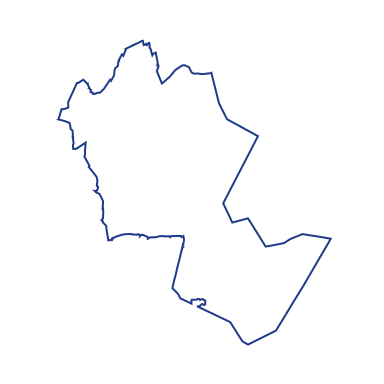 Hengelo (O), Overijssel, Netherlands (Natural Earth projection), rotated 281°
{"feature_id": "6326949B60832085423850", "entity_name": "Hengelo (O)", "entity_type": "district", "adm_level": 2, "iso_a3": "NLD", "parent_name": "Netherlands", "parent_adm1": "Overijssel", "projection": "natural_earth1", "projection_center": [6.781, 52.252], "detail": "fine", "context": "isolated", "style": "outline", "palette": "blue", "viewbox_px": 384, "rotation_deg": 281, "n_neighbors": 0, "source": "geoboundaries", "source_scale": "gbopen_adm2", "svg_char_len": 5445}
<svg xmlns="http://www.w3.org/2000/svg" viewBox="0 0 384 384"><g transform="rotate(281 192 192)"><path d="M128.5,119.1L130.0,122.7L129.8,122.8L130.1,123.0L130.2,122.9L131.1,122.4L132.0,123.2L132.3,124.3L132.8,124.9L133.1,125.3L133.6,125.9L133.8,126.1L134.8,127.9L135.3,128.9L136.0,130.3L136.3,130.6L137.2,132.7L137.9,134.8L138.2,135.8L138.4,136.8L138.7,137.9L138.9,138.9L139.0,139.8L139.0,140.1L139.2,140.3L139.1,140.6L139.1,140.8L139.0,142.1L139.7,146.6L139.9,146.6L140.0,147.4L140.3,147.5L140.1,148.3L139.3,149.6L139.1,149.6L140.2,150.3L140.2,151.1L140.4,151.2L140.5,151.6L140.5,152.3L140.4,152.6L140.2,153.7L139.9,154.8L139.4,157.0L137.7,157.5L138.3,158.3L139.7,159.9L139.7,161.3L140.3,162.7L140.3,163.0L140.2,163.3L140.5,164.4L140.8,165.5L141.4,166.5L141.9,167.5L142.4,168.6L142.7,169.7L143.3,172.4L143.0,173.3L143.1,173.6L143.3,173.7L143.6,175.6L143.9,176.8L144.1,178.1L144.1,178.3L143.6,179.2L144.6,179.4L145.0,181.5L145.7,184.6L146.7,189.5L146.1,190.1L145.8,190.3L147.1,191.9L146.6,192.1L145.4,192.7L144.3,193.0L143.2,193.3L142.0,193.4L140.8,193.4L139.8,193.3L139.6,193.2L139.5,193.4L139.3,193.5L139.1,193.5L138.4,193.5L138.3,193.1L136.5,193.2L135.9,193.3L135.7,193.2L135.7,193.3L135.6,193.2L134.7,193.1L134.3,193.1L133.8,193.0L132.9,192.9L132.6,192.8L132.3,192.8L132.3,193.0L129.0,192.8L129.0,192.7L127.3,192.6L126.9,192.7L120.7,192.4L120.3,192.3L116.5,192.1L115.2,192.0L107.8,191.8L105.7,191.7L103.7,191.5L103.4,191.4L98.5,191.3L94.2,191.1L93.9,191.1L93.7,191.3L93.5,191.6L93.1,192.2L92.7,192.8L91.5,194.6L90.2,196.5L89.4,197.5L88.7,198.4L87.0,199.5L85.4,200.8L82.3,212.8L85.9,212.1L86.2,212.3L86.6,214.2L86.6,214.3L87.1,217.0L87.9,217.8L88.2,218.3L88.4,219.4L88.3,219.6L88.1,219.9L87.5,220.5L88.0,221.1L88.5,221.8L88.8,222.4L88.9,222.8L88.9,223.2L88.7,223.5L88.4,223.7L88.3,223.9L88.2,224.3L87.9,225.7L87.7,225.9L87.4,225.9L87.1,225.9L86.7,226.0L86.4,226.0L86.0,226.1L85.3,226.1L84.1,226.2L83.9,226.2L83.7,226.1L83.5,225.9L83.5,225.6L83.6,224.6L83.7,224.1L83.9,223.7L84.0,223.5L83.9,223.1L83.7,222.9L82.9,222.4L82.7,222.2L82.4,222.1L81.8,221.6L81.4,221.0L81.2,220.5L81.0,220.1L80.8,218.8L79.5,223.5L79.6,223.9L79.6,224.1L79.3,224.4L71.6,254.3L55.1,269.9L52.9,276.1L56.0,280.1L72.0,300.9L88.9,307.2L105.2,313.2L120.8,319.1L143.0,326.8L160.6,333.0L171.9,336.9L172.6,337.1L172.5,330.7L172.4,327.5L172.3,322.5L171.9,314.2L171.8,308.5L169.1,304.4L166.9,301.1L166.1,299.8L164.5,297.4L159.4,292.1L155.5,282.5L152.5,274.7L166.3,261.9L167.3,260.8L168.6,259.8L176.8,251.9L171.3,240.7L169.7,237.4L174.7,233.8L175.9,232.9L176.1,232.7L186.8,224.8L259.4,246.1L270.1,212.5L283.7,202.0L284.4,201.5L296.1,196.0L304.3,192.2L312.7,188.2L312.1,187.4L310.7,182.9L310.3,181.6L310.0,180.8L309.6,179.3L309.5,175.5L309.3,174.4L308.5,171.2L308.8,170.2L309.2,168.9L314.1,165.0L315.0,160.6L314.9,160.4L314.4,158.2L308.5,152.3L301.2,148.4L292.7,141.8L304.0,134.4L308.8,135.2L310.2,134.6L310.1,134.4L309.8,133.8L312.5,133.6L315.0,132.6L318.4,131.2L320.4,130.4L321.9,129.8L320.2,127.6L318.6,127.0L319.2,126.7L319.3,126.6L321.4,125.6L324.8,123.9L325.3,123.4L325.5,122.8L328.6,122.3L330.1,121.6L330.2,121.4L330.1,121.2L329.7,120.9L329.4,120.7L328.7,120.4L328.4,120.2L328.1,120.0L328.0,119.8L328.0,119.7L327.9,119.7L327.6,119.4L328.6,118.8L327.0,116.7L328.3,116.0L329.6,115.6L331.0,114.9L330.7,114.3L330.8,114.1L330.5,113.6L330.4,113.5L329.7,112.8L329.3,112.4L328.1,110.8L327.2,109.4L325.9,107.6L324.9,106.2L324.8,106.3L322.8,103.5L322.5,103.3L322.2,102.7L320.2,100.0L319.7,99.4L319.2,99.9L312.6,98.6L313.6,97.5L313.8,97.0L307.2,94.9L306.9,95.4L305.0,94.8L303.3,95.1L301.4,95.1L299.5,93.5L298.6,93.0L296.5,92.7L291.6,93.3L285.6,91.2L286.5,90.1L277.0,86.1L276.6,86.0L276.3,85.8L274.9,84.7L274.5,84.5L273.6,84.0L272.8,83.4L272.2,83.0L271.9,82.8L271.8,81.9L271.8,81.4L271.7,81.1L270.7,79.3L269.8,77.8L269.4,77.1L269.6,75.7L270.6,75.6L270.6,75.0L270.8,73.8L270.9,73.3L271.1,73.3L271.5,73.2L272.1,73.3L272.3,73.2L272.8,73.4L273.0,73.4L273.1,73.2L274.1,71.2L274.3,71.5L275.0,71.2L277.3,69.3L278.5,69.0L278.2,68.6L281.5,63.9L280.5,62.8L279.5,61.8L277.6,59.8L277.4,59.5L277.4,59.4L277.1,58.5L277.1,58.3L268.6,56.2L256.6,53.3L256.4,53.3L251.3,54.5L249.0,50.5L248.5,49.2L248.4,48.6L248.4,48.1L243.4,47.7L238.0,47.1L237.8,46.9L237.6,47.7L237.7,48.8L237.6,49.4L237.6,49.7L237.6,49.9L237.5,50.5L237.4,52.3L237.4,53.1L237.4,53.3L237.4,53.6L237.2,54.0L236.7,57.3L236.5,57.9L236.5,58.3L236.5,58.6L236.3,58.8L236.1,58.8L235.9,58.9L230.6,61.0L229.5,63.0L229.4,63.1L228.0,63.4L225.9,64.0L225.5,64.1L225.0,64.1L224.7,64.2L223.0,64.4L223.0,64.5L223.2,64.8L221.9,65.1L221.1,65.2L220.7,65.2L220.6,65.3L219.8,65.7L219.5,65.7L218.6,66.1L217.9,66.3L217.0,66.5L216.4,66.4L216.0,66.4L215.7,66.3L215.5,66.2L214.9,66.3L214.2,66.3L211.6,67.3L212.5,70.4L220.2,78.2L214.1,78.9L212.0,79.1L208.7,79.8L208.1,79.8L206.4,79.5L198.2,86.3L197.0,85.8L188.8,95.3L184.9,97.1L184.3,97.1L182.5,97.1L181.5,97.4L179.9,97.4L179.2,98.6L179.1,98.8L178.8,98.9L178.6,99.0L177.9,98.9L176.4,98.6L175.6,98.6L175.6,98.4L174.4,96.9L174.4,96.5L174.2,96.8L174.0,97.1L173.8,97.4L173.6,97.6L173.4,98.1L173.2,98.5L173.0,99.2L172.9,99.4L172.7,101.0L172.6,101.3L172.4,101.5L172.2,101.8L166.0,106.5L158.4,107.5L158.6,107.9L154.5,108.9L150.1,109.5L149.6,109.6L149.2,109.6L148.8,109.5L148.1,109.3L147.8,109.2L147.6,109.0L147.6,108.7L147.1,108.5L145.9,110.1L145.8,110.3L145.5,110.3L145.3,110.3L145.2,110.4L145.1,110.5L142.4,114.2L142.3,114.3L141.3,114.6L140.7,114.6L128.5,119.1Z" fill="none" stroke="#1e3a8a" stroke-width="2"/></g></svg>